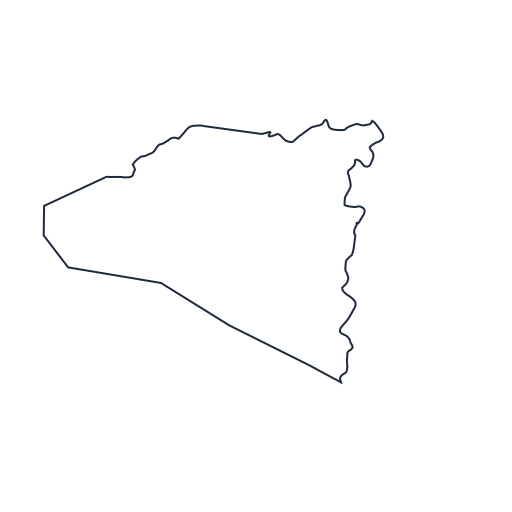 Ceguaca, Santa Bárbara, Honduras, rotated 239°
{"feature_id": "27666195B41370347512850", "entity_name": "Ceguaca", "entity_type": "district", "adm_level": 2, "iso_a3": "HND", "parent_name": "Honduras", "parent_adm1": "Santa Bárbara", "projection": "orthographic", "projection_center": [-88.209, 14.817], "detail": "fine", "context": "isolated", "style": "outline", "palette": "slate", "viewbox_px": 512, "rotation_deg": 239, "n_neighbors": 0, "source": "geoboundaries", "source_scale": "gbopen_adm2", "svg_char_len": 6104}
<svg xmlns="http://www.w3.org/2000/svg" viewBox="0 0 512 512"><g transform="rotate(239 256 256)"><path d="M103.9,263.8L106.3,264.4L107.1,264.7L107.7,265.0L108.1,265.3L108.5,265.7L108.8,266.0L109.0,266.5L109.2,267.1L109.5,268.1L109.7,269.1L109.8,270.3L109.7,271.8L109.8,272.4L109.9,272.8L110.1,273.4L110.5,274.1L110.9,274.7L111.4,275.2L112.8,276.4L113.9,277.2L117.2,278.8L120.1,280.4L122.9,282.5L125.4,284.1L126.0,284.6L126.2,284.9L126.5,285.5L126.8,286.6L126.9,287.2L126.8,288.1L126.8,288.6L126.9,289.2L127.1,290.0L127.3,290.6L127.6,291.3L127.9,291.6L128.2,291.9L128.9,292.1L129.8,292.3L130.5,292.4L132.6,292.4L133.4,292.5L134.7,292.8L135.9,293.3L137.5,293.2L138.6,293.0L139.5,292.9L140.1,292.7L140.7,292.4L141.5,292.1L142.3,291.6L144.1,290.3L144.8,289.9L145.9,289.3L146.7,289.0L147.4,289.0L148.0,289.1L148.6,289.4L149.2,289.8L149.7,290.3L150.2,290.9L150.6,291.4L150.8,291.9L152.1,295.5L153.9,300.8L154.9,303.2L155.7,304.9L161.2,314.4L161.7,315.0L162.2,315.6L162.8,316.1L163.3,316.5L164.4,317.0L165.4,317.3L166.3,317.4L167.4,317.3L169.5,316.8L171.3,316.2L173.2,315.5L175.8,314.2L176.9,313.7L177.9,313.4L179.6,312.9L180.7,312.7L181.6,312.7L182.4,312.8L183.3,312.9L183.8,313.1L184.1,313.3L184.4,313.6L184.7,314.7L185.1,316.1L185.4,317.9L185.7,318.9L186.2,319.9L186.9,321.1L187.7,322.1L188.3,322.8L188.9,323.3L189.8,323.8L190.5,324.1L191.5,324.4L192.3,324.6L194.6,325.0L197.0,325.2L197.7,325.3L198.3,325.6L199.1,326.0L199.7,326.4L204.7,330.0L205.1,330.5L205.6,331.0L206.0,331.9L206.2,332.6L207.0,335.5L207.3,337.6L207.5,338.5L207.7,338.9L208.1,339.4L209.2,340.7L211.0,342.5L212.9,344.2L217.4,347.7L220.5,350.3L221.8,351.3L222.2,351.5L222.8,351.7L223.2,351.8L224.1,351.8L224.7,351.9L225.2,352.1L225.7,352.3L226.6,352.8L227.3,353.3L227.6,353.6L228.3,354.4L229.0,355.3L230.5,357.8L230.8,358.2L231.3,358.6L231.6,358.8L232.3,359.1L232.5,359.4L232.5,359.6L232.4,359.8L232.0,360.1L231.4,360.4L232.2,362.3L234.3,366.1L235.7,368.9L236.1,369.6L236.6,370.3L237.2,371.1L237.9,371.8L238.5,372.2L239.0,372.5L239.8,372.8L240.6,372.8L241.4,372.7L242.2,372.4L242.9,372.1L243.8,371.5L244.6,370.9L245.2,370.2L245.7,369.4L246.1,368.6L246.5,367.2L246.9,366.2L247.9,364.8L248.8,363.5L251.2,360.7L252.6,359.2L253.1,358.8L253.5,358.5L253.9,358.4L254.2,358.3L254.5,358.4L255.5,359.0L256.9,359.9L258.7,361.2L260.1,362.3L260.4,362.7L260.8,363.1L261.2,363.8L263.5,367.8L266.0,371.8L266.7,372.7L267.3,373.2L267.7,373.5L268.7,374.0L270.8,374.9L275.3,376.3L276.7,376.8L279.3,377.3L279.9,377.6L280.7,378.1L281.0,378.4L281.3,378.7L281.5,379.0L281.6,379.4L281.8,380.1L281.9,381.9L282.2,383.4L282.8,385.7L283.1,386.7L283.4,387.2L283.8,387.8L284.8,388.8L285.5,389.4L285.8,389.5L286.4,389.7L286.6,389.8L286.8,390.0L287.1,390.5L287.1,390.9L287.1,391.2L287.0,391.6L286.8,391.9L286.0,392.6L285.0,393.3L283.7,394.0L283.1,394.2L279.7,394.7L277.7,395.1L277.3,395.2L277.0,395.4L276.5,395.9L275.9,396.5L275.4,397.2L275.1,397.9L275.0,398.5L275.0,399.3L275.1,400.0L275.5,400.9L275.9,401.8L277.1,403.4L277.9,404.6L279.6,406.7L279.9,407.1L280.4,407.5L280.8,407.9L281.4,408.2L282.1,408.6L282.9,408.9L283.6,409.1L284.5,409.3L285.3,409.4L285.9,409.4L286.5,409.3L287.5,409.1L288.4,409.0L289.4,409.2L290.3,409.4L290.5,409.5L290.8,409.8L291.0,410.4L291.2,411.8L291.3,412.9L291.4,415.8L291.4,416.8L291.3,417.5L290.9,419.5L290.7,420.6L290.7,421.4L290.8,422.7L291.1,424.0L291.2,424.6L291.5,425.1L291.7,425.6L292.0,425.9L292.3,426.2L292.7,426.5L293.2,426.8L293.8,427.0L294.6,427.3L295.2,427.4L297.2,427.4L299.5,427.4L304.3,427.0L308.3,426.5L309.0,426.4L309.7,426.2L310.5,425.9L311.1,425.6L312.0,425.1L311.6,424.6L311.2,424.0L310.9,423.5L310.6,422.8L310.5,422.4L310.4,421.8L310.4,421.3L310.5,420.9L311.8,417.4L312.4,415.7L312.7,415.3L313.5,414.2L314.5,413.1L315.2,412.5L316.0,411.8L316.5,411.3L317.2,410.4L317.5,409.7L317.8,408.8L318.1,407.2L318.7,404.0L319.0,402.2L319.0,400.8L319.0,399.7L318.9,399.2L318.6,398.1L318.6,397.6L318.7,396.8L318.9,396.0L319.4,395.0L320.9,392.4L322.6,390.0L324.0,388.2L324.6,387.5L325.1,387.0L325.8,386.4L326.5,385.9L327.2,385.5L327.8,385.3L328.4,385.2L329.2,385.1L333.7,386.1L335.2,386.4L335.9,386.4L336.2,386.3L336.5,386.2L336.7,385.9L336.9,385.6L336.9,385.2L336.8,384.7L336.6,384.2L336.1,383.3L335.8,382.6L335.1,380.6L335.0,380.1L335.1,379.4L335.3,378.3L335.4,377.1L335.5,376.8L336.0,376.2L336.2,375.7L336.4,375.0L336.5,373.8L336.7,373.1L337.0,372.2L337.5,371.3L337.6,371.0L337.7,370.5L337.7,369.6L337.6,367.9L337.5,365.8L337.1,362.1L336.6,357.8L336.5,355.4L336.5,354.6L335.0,346.9L335.1,346.3L335.1,345.9L335.3,345.4L335.5,345.0L335.9,344.4L336.2,344.0L337.3,342.8L338.5,341.7L339.6,341.0L340.7,340.5L341.9,340.1L343.0,339.8L345.5,339.3L347.1,338.9L347.7,338.6L348.2,338.3L349.0,337.7L349.5,337.2L349.7,336.7L349.8,336.2L349.8,335.2L349.9,334.5L350.2,333.0L350.8,330.8L351.3,329.6L351.5,329.2L351.9,328.9L352.2,328.8L352.5,328.9L352.8,329.1L353.0,329.3L353.3,329.8L354.4,331.9L354.5,332.0L354.8,331.9L355.1,331.7L355.3,331.4L355.5,331.0L357.0,325.6L357.6,323.8L393.6,279.0L394.8,277.7L396.1,276.1L396.7,275.2L397.3,274.2L399.3,270.5L399.9,269.0L400.3,267.9L400.7,266.6L400.8,265.5L400.7,264.3L400.5,262.9L400.1,261.6L398.4,256.9L397.3,253.2L396.4,250.0L397.1,249.6L397.8,249.0L398.6,248.1L399.3,247.2L399.8,246.4L400.2,245.5L400.5,244.7L400.6,243.9L400.6,242.7L400.3,239.9L400.3,237.2L400.3,234.5L400.4,233.8L400.5,233.1L400.7,232.4L401.0,231.6L401.2,231.1L401.2,230.5L401.2,229.8L401.0,228.7L400.3,227.0L399.7,225.6L398.8,224.1L398.5,223.1L398.1,221.7L397.9,221.0L397.9,220.4L397.9,219.5L398.5,216.0L398.7,213.4L398.9,212.5L399.1,211.8L399.5,210.7L399.7,210.2L400.2,209.5L400.3,209.0L400.4,208.6L400.3,207.2L399.9,203.7L399.3,201.2L399.1,200.3L398.5,199.0L397.7,197.4L396.2,197.4L395.3,197.3L393.2,197.0L392.7,196.8L392.2,196.6L391.8,196.2L391.6,195.5L391.3,195.0L390.0,193.4L389.0,192.2L388.6,191.8L388.3,191.1L388.3,190.7L388.3,190.3L388.3,189.8L388.4,189.2L388.9,187.8L389.5,186.6L390.6,184.6L391.3,183.4L392.4,182.2L392.9,181.6L396.9,175.0L398.0,173.0L398.7,171.9L399.9,170.1L400.9,168.7L408.1,100.2L383.0,84.6L343.0,89.1L281.8,160.7L210.4,197.3L135.8,244.8L103.9,263.8Z" fill="none" stroke="#1e293b" stroke-width="2"/></g></svg>